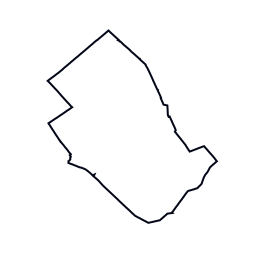 the district of Coacalco de Berriozábal, México, Mexico, rotated 308°
{"feature_id": "50627088B41912886013432", "entity_name": "Coacalco de Berriozábal", "entity_type": "district", "adm_level": 2, "iso_a3": "MEX", "parent_name": "Mexico", "parent_adm1": "México", "projection": "mercator", "projection_center": [-99.1, 19.626], "detail": "fine", "context": "isolated", "style": "outline", "palette": "ink", "viewbox_px": 256, "rotation_deg": 308, "n_neighbors": 0, "source": "geoboundaries", "source_scale": "gbopen_adm2", "svg_char_len": 5311}
<svg xmlns="http://www.w3.org/2000/svg" viewBox="0 0 256 256"><g transform="rotate(308 128 128)"><path d="M88.3,215.2L88.3,214.7L90.6,214.7L92.9,214.6L95.1,214.5L97.5,214.5L99.9,214.4L102.3,214.3L104.7,214.3L107.1,214.2L109.5,214.1L111.9,214.0L114.3,214.0L114.7,214.0L114.8,214.0L115.4,214.2L115.8,214.4L116.7,215.1L117.3,215.5L118.3,216.3L119.0,216.7L120.1,217.6L121.4,218.4L122.5,219.2L123.2,219.6L123.9,219.8L124.6,219.8L126.0,220.0L127.2,220.2L128.4,220.3L129.0,220.3L129.5,220.3L130.1,220.1L130.7,219.9L132.5,219.2L133.2,219.0L134.5,218.6L135.3,218.3L136.3,218.1L137.5,217.9L138.3,217.7L139.4,217.7L140.0,217.7L140.8,217.7L141.7,217.8L142.6,217.7L143.4,217.6L144.4,217.4L145.3,217.3L146.0,217.1L146.6,217.0L147.2,216.9L147.8,216.9L148.8,217.1L149.8,217.2L150.4,217.3L151.7,217.6L152.4,217.7L153.5,218.0L155.0,218.2L156.5,218.5L157.0,216.4L157.6,214.3L158.1,211.7L158.5,209.7L158.9,207.3L159.3,205.2L159.7,203.4L160.0,201.7L160.3,200.2L160.5,199.1L155.5,196.0L152.6,194.3L151.0,193.3L149.8,192.6L148.9,192.1L147.4,191.1L149.4,185.3L150.0,183.9L150.3,182.6L151.8,176.5L153.2,170.4L153.7,168.6L153.9,167.3L155.0,167.0L155.6,167.0L156.1,166.3L157.1,164.5L158.8,161.1L160.7,157.7L161.0,156.8L161.8,155.5L162.6,153.9L162.2,153.6L161.8,153.3L161.9,153.0L162.0,152.9L162.4,152.7L162.5,152.6L162.5,152.2L162.4,152.0L162.5,151.8L162.8,151.4L163.0,151.2L163.5,150.8L163.8,150.5L164.2,150.2L164.5,149.9L164.9,149.6L165.2,149.3L165.7,148.9L166.0,148.7L166.4,148.3L166.9,147.9L167.1,147.7L167.6,147.3L167.8,147.1L168.3,146.6L168.5,146.4L169.0,146.0L169.3,145.8L169.7,145.5L170.0,145.1L168.8,142.7L168.3,141.7L168.5,141.3L168.6,141.0L169.3,139.9L170.5,137.6L170.7,137.2L171.0,136.7L171.1,136.4L171.3,136.1L171.7,135.4L172.1,135.5L172.6,134.7L174.5,131.1L175.4,129.2L176.0,128.2L176.2,127.9L176.5,127.9L176.5,127.0L176.6,126.8L177.0,126.1L177.4,125.3L180.5,119.4L180.7,118.9L181.4,117.7L182.1,116.4L182.8,115.1L183.4,113.9L184.3,112.2L184.8,111.2L184.9,110.9L185.2,110.4L186.3,108.2L186.9,107.0L187.2,106.2L188.2,103.7L188.5,103.5L188.6,103.3L188.6,103.0L188.7,102.6L188.9,102.3L189.2,97.7L189.4,94.9L189.8,94.7L189.6,94.2L190.1,86.7L190.1,85.6L190.3,82.7L190.5,82.1L190.6,81.7L190.7,79.7L190.8,77.7L190.9,75.0L191.0,72.8L191.3,70.5L191.4,69.6L191.4,68.3L191.2,68.5L191.1,68.4L191.1,68.1L191.1,67.7L191.2,67.4L191.3,67.1L191.4,66.8L191.1,66.3L191.0,66.0L191.4,66.0L191.7,66.1L191.8,64.5L192.0,62.1L192.1,60.6L192.3,58.2L192.5,55.7L192.5,55.4L192.8,52.6L191.2,52.3L190.3,52.1L188.7,51.8L187.8,51.6L187.2,51.5L187.0,51.4L186.7,51.4L185.9,51.2L185.7,51.2L184.8,51.0L184.6,50.9L183.6,50.7L182.6,50.5L182.0,50.4L181.7,50.3L180.7,50.1L180.4,50.0L179.3,49.9L178.8,49.7L178.4,49.6L177.8,49.3L177.4,49.2L176.3,49.0L176.0,48.9L174.9,48.7L173.3,48.4L172.6,48.3L170.4,47.8L168.0,47.3L167.5,47.2L167.0,47.1L166.2,47.0L165.5,46.8L164.9,46.7L163.9,46.5L163.0,46.3L162.3,46.2L161.9,46.1L161.4,46.0L160.3,45.7L159.4,45.6L158.7,45.4L157.9,45.2L157.1,45.1L156.2,44.9L155.5,44.7L154.7,44.6L154.1,44.5L153.8,44.4L153.5,44.4L153.0,44.2L152.3,44.1L152.0,44.0L150.5,43.7L149.7,43.5L149.0,43.4L148.3,43.2L147.6,43.1L147.4,43.0L147.2,43.0L146.4,42.8L145.6,42.7L144.9,42.5L143.7,42.3L143.2,42.2L142.4,42.0L141.7,41.9L140.9,41.7L140.1,41.5L139.3,41.4L138.8,41.3L138.5,41.2L138.0,41.1L137.7,41.0L136.8,40.8L136.1,40.7L135.3,40.5L134.1,40.4L133.2,40.2L132.3,40.0L131.4,39.8L129.1,39.3L128.7,39.2L128.3,39.1L125.5,38.3L124.4,38.1L123.5,37.8L122.9,37.6L122.6,37.6L121.4,37.2L117.3,36.1L115.7,35.7L115.5,37.4L115.4,38.8L115.2,39.7L115.2,39.8L114.8,42.3L114.4,44.9L114.0,47.2L114.0,47.6L113.6,50.0L113.2,52.0L113.1,52.5L112.6,55.1L112.4,56.1L112.3,56.4L112.0,58.6L111.8,59.3L111.4,62.0L111.1,63.5L110.9,64.5L110.8,65.5L110.6,67.0L110.1,69.4L110.0,71.2L107.6,70.5L107.0,70.3L106.9,70.3L106.6,70.2L104.9,69.6L104.7,69.5L104.3,69.4L103.0,69.0L101.6,68.6L101.1,68.4L100.0,68.1L98.4,67.6L97.9,67.4L97.4,67.2L97.2,67.2L96.5,66.9L96.4,66.9L96.2,66.9L95.7,66.7L93.8,66.1L93.4,66.0L90.3,64.9L90.0,64.8L89.2,64.5L86.9,63.8L85.6,63.4L85.4,63.3L85.3,63.2L85.2,63.2L84.3,62.9L83.4,62.6L82.8,62.4L80.5,68.9L79.7,71.3L79.3,72.4L78.2,75.6L77.3,78.4L76.5,80.7L75.7,83.0L75.9,83.0L75.7,83.6L75.6,84.1L75.2,85.8L74.9,87.2L74.6,88.5L74.4,89.2L74.1,90.5L73.9,91.7L73.7,92.4L73.6,93.0L73.3,94.2L73.0,95.0L72.8,95.7L72.5,96.9L72.4,97.6L72.2,98.8L72.1,99.1L70.8,98.8L70.6,99.3L70.4,99.6L70.3,99.9L70.4,100.2L70.2,100.6L69.1,100.8L68.8,100.8L68.6,101.1L68.3,101.5L68.1,101.7L67.8,101.8L67.4,101.9L67.0,101.9L66.8,101.8L66.3,101.8L65.9,101.8L65.2,101.5L64.5,102.2L64.2,102.3L63.8,102.5L64.3,104.3L64.6,105.1L64.7,105.5L65.3,107.3L65.6,108.5L66.0,109.6L66.6,112.0L66.7,112.3L67.3,114.3L68.0,115.6L68.4,116.9L68.6,117.6L68.7,117.9L69.1,119.3L69.3,121.0L69.3,123.6L69.3,124.2L69.2,125.9L69.1,127.6L68.8,129.5L69.5,129.7L69.9,129.8L70.7,130.2L69.6,130.5L68.8,130.7L68.8,130.8L68.7,131.0L68.6,134.2L68.3,137.8L68.0,139.3L67.6,141.5L67.2,143.7L67.0,145.9L66.8,148.1L66.6,150.4L66.4,152.6L66.2,154.8L66.0,157.0L65.8,159.3L65.6,161.5L65.4,163.7L65.1,166.0L64.9,168.2L64.7,170.4L64.5,172.7L64.3,174.9L64.1,177.5L63.9,180.0L63.6,182.6L63.4,185.2L63.2,187.7L63.6,190.2L64.1,192.6L64.5,195.1L64.9,197.5L65.4,200.0L65.8,202.4L67.6,203.9L69.4,205.4L71.3,206.9L73.1,208.4L74.9,209.9L78.5,210.6L81.6,211.2L84.2,211.7L84.7,211.7L88.3,215.2Z" fill="none" stroke="#020617" stroke-width="2"/></g></svg>